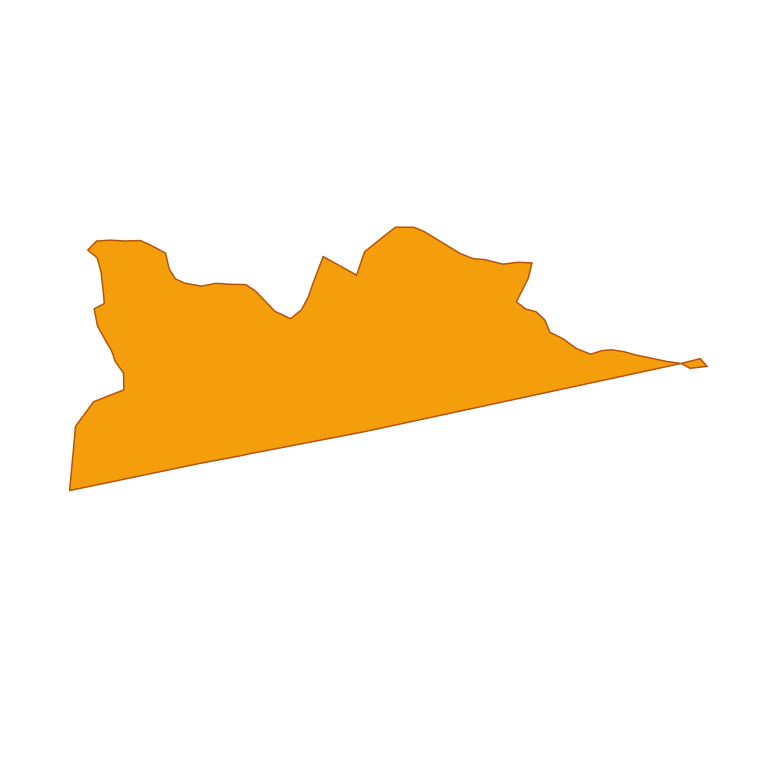 outline of Vera Cruz, Rio Grande do Norte, Brazil, rotated 190°
{"feature_id": "56859067B57046427272497", "entity_name": "Vera Cruz", "entity_type": "district", "adm_level": 2, "iso_a3": "BRA", "parent_name": "Brazil", "parent_adm1": "Rio Grande do Norte", "projection": "albers", "projection_center": [-35.443, -6.033], "detail": "fine", "context": "isolated", "style": "filled", "palette": "amber", "viewbox_px": 768, "rotation_deg": 190, "n_neighbors": 0, "source": "geoboundaries", "source_scale": "gbopen_adm2", "svg_char_len": 1053}
<svg xmlns="http://www.w3.org/2000/svg" viewBox="0 0 768 768"><g transform="rotate(190 384 384)"><path d="M95.0,455.8L110.2,455.3L124.4,455.8L142.1,456.4L153.6,457.5L165.6,457.2L175.3,454.7L185.7,449.2L200.9,452.4L215.5,459.6L229.7,463.8L236.6,474.9L246.8,481.5L257.8,482.5L267.9,487.9L260.3,513.2L259.3,528.9L272.8,527.2L287.6,522.7L306.6,524.0L317.8,522.9L331.6,525.7L371.7,541.4L381.9,543.5L399.9,540.4L407.5,532.1L426.1,510.8L429.9,486.4L450.0,493.4L466.0,498.9L471.5,470.4L473.6,456.8L478.1,442.8L487.4,432.1L504.1,436.6L526.3,453.0L537.3,457.9L554.0,455.3L566.9,454.0L580.6,448.7L597.9,448.7L607.7,451.3L615.7,460.2L621.8,474.9L638.5,480.4L648.9,483.0L664.1,479.8L678.7,478.1L691.8,474.9L699.0,464.5L688.4,458.5L682.1,445.3L677.0,427.9L673.4,414.7L682.5,407.7L676.2,391.3L664.8,377.3L658.2,369.7L652.7,359.7L642.4,349.5L639.2,333.1L666.9,316.1L680.4,288.9L675.1,224.5L555.0,272.5L510.6,289.3L501.3,293.1L395.4,333.5L95.0,455.8ZM77.0,463.9L95.0,455.8L85.3,452.6L69.0,457.5L77.0,463.9Z" fill="#f59e0b" stroke="#b45309" stroke-width="1.5"/></g></svg>